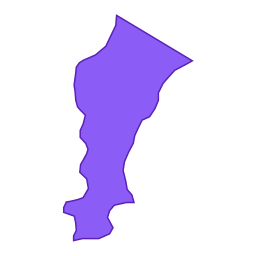 Agridaki, Cyprus
{"feature_id": "46923920B13856899738172", "entity_name": "Agridaki", "entity_type": "district", "adm_level": 2, "iso_a3": "CYP", "parent_name": "Cyprus", "parent_adm1": "", "projection": "mercator", "projection_center": [33.151, 35.3], "detail": "fine", "context": "isolated", "style": "filled", "palette": "violet", "viewbox_px": 256, "rotation_deg": 0, "n_neighbors": 0, "source": "geoboundaries", "source_scale": "gbopen_adm2", "svg_char_len": 892}
<svg xmlns="http://www.w3.org/2000/svg" viewBox="0 0 256 256"><path d="M63.7,212.4L74.3,216.1L75.7,222.9L76.3,230.4L73.6,235.9L73.6,240.6L82.4,238.6L89.2,238.6L98.7,238.6L109.6,233.8L113.0,227.7L107.5,217.5L109.6,210.7L114.3,205.2L126.5,202.5L134.0,202.5L131.9,195.0L127.2,189.5L125.8,181.4L123.1,170.5L124.5,161.6L128.6,152.1L133.3,143.2L134.7,135.7L138.1,128.2L142.1,120.1L149.6,116.7L155.0,108.5L158.4,100.3L158.4,92.8L163.1,83.3L167.9,77.8L174.7,70.3L186.2,64.2L192.3,60.8L116.6,15.4L115.8,25.4L111.0,35.4L105.8,46.3L95.4,55.0L83.2,60.3L79.3,62.9L76.3,67.2L75.8,72.5L75.0,78.6L74.1,85.1L75.0,90.8L75.8,100.4L77.6,106.9L80.6,110.4L85.4,115.2L83.2,123.9L80.2,130.5L80.2,137.4L85.8,143.5L88.0,149.2L86.7,153.6L83.2,160.1L80.6,164.5L79.8,172.3L86.7,178.9L88.4,188.5L83.2,197.6L78.4,199.4L71.5,201.1L66.3,202.0L63.7,207.6L63.7,212.4Z" fill="#8b5cf6" stroke="#5b21b6" stroke-width="1.5"/></svg>